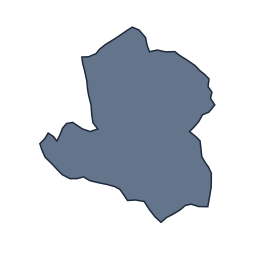 Paiva, Minas Gerais, Brazil, rotated 80°
{"feature_id": "56859067B60855935518046", "entity_name": "Paiva", "entity_type": "district", "adm_level": 2, "iso_a3": "BRA", "parent_name": "Brazil", "parent_adm1": "Minas Gerais", "projection": "albers", "projection_center": [-43.423, -21.293], "detail": "fine", "context": "isolated", "style": "filled", "palette": "slate", "viewbox_px": 256, "rotation_deg": 80, "n_neighbors": 0, "source": "geoboundaries", "source_scale": "gbopen_adm2", "svg_char_len": 1185}
<svg xmlns="http://www.w3.org/2000/svg" viewBox="0 0 256 256"><g transform="rotate(80 128 128)"><path d="M226.6,111.9L222.9,105.6L220.3,97.5L217.6,90.7L214.2,85.0L214.0,79.0L217.6,72.2L219.4,63.1L210.1,59.7L201.1,56.5L194.2,55.1L187.1,53.8L180.5,55.5L175.3,58.0L169.1,60.3L160.2,59.7L153.2,59.3L148.4,62.6L142.2,68.0L138.4,62.6L133.8,57.1L127.9,52.3L126.4,45.6L120.4,38.5L113.2,41.6L107.3,39.1L101.2,42.0L93.7,39.7L88.6,43.2L84.2,47.1L78.1,51.2L71.4,58.0L65.5,64.5L60.9,68.6L59.6,77.6L56.3,85.6L56.6,93.6L49.5,94.9L42.0,95.0L33.4,100.1L29.4,106.3L31.9,112.3L34.5,118.0L37.8,125.5L41.8,135.6L45.3,142.1L49.2,146.6L51.0,154.4L50.1,161.2L56.6,161.4L63.6,160.8L74.3,160.4L83.0,161.1L89.0,161.1L99.1,160.4L108.7,161.4L116.8,161.6L123.7,157.9L124.9,165.9L121.0,173.0L116.8,177.4L112.9,181.5L112.9,187.7L116.8,192.5L123.1,196.3L128.5,200.3L123.6,202.8L119.1,207.5L124.3,212.0L128.1,217.5L134.2,216.7L142.4,214.7L150.0,209.2L156.8,204.8L162.5,200.9L167.8,194.0L169.0,187.0L168.4,180.4L173.2,174.8L176.9,166.3L180.1,158.1L183.5,151.1L187.1,146.6L192.4,144.1L199.3,141.1L200.2,133.1L203.2,124.8L212.5,120.9L220.2,116.8L226.6,111.9Z" fill="#64748b" stroke="#1e293b" stroke-width="1.5"/></g></svg>